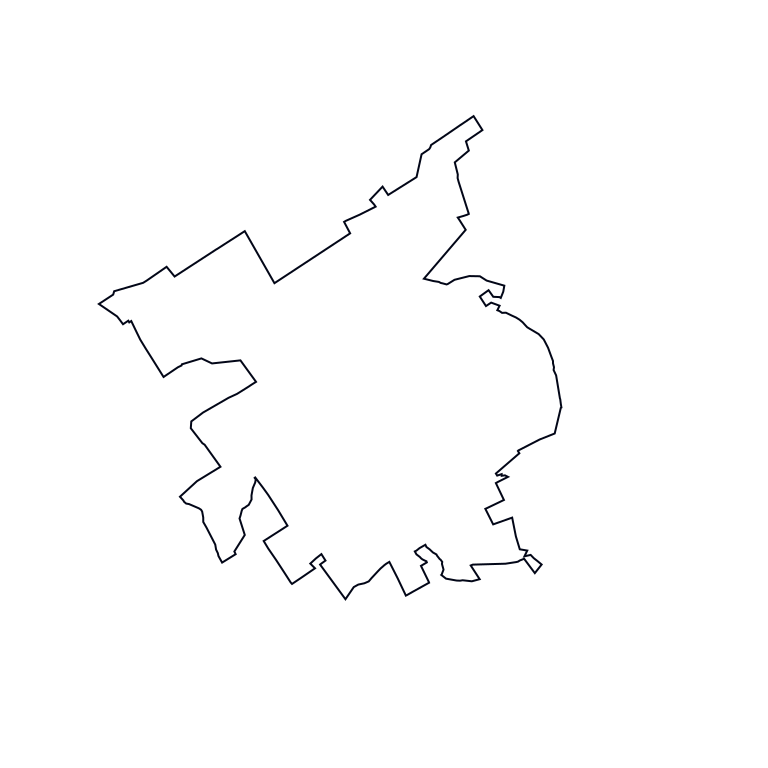 the district of Tahmek, Yucatán, Mexico, rotated 51°
{"feature_id": "50627088B83810267980946", "entity_name": "Tahmek", "entity_type": "district", "adm_level": 2, "iso_a3": "MEX", "parent_name": "Mexico", "parent_adm1": "Yucatán", "projection": "robinson", "projection_center": [-89.276, 20.901], "detail": "fine", "context": "isolated", "style": "outline", "palette": "ink", "viewbox_px": 768, "rotation_deg": 51, "n_neighbors": 0, "source": "geoboundaries", "source_scale": "gbopen_adm2", "svg_char_len": 3501}
<svg xmlns="http://www.w3.org/2000/svg" viewBox="0 0 768 768"><g transform="rotate(51 384 384)"><path d="M383.8,612.3L402.6,616.2L407.0,618.7L410.9,619.6L413.5,620.9L420.9,622.2L422.9,606.4L420.0,605.7L413.7,587.2L397.6,580.9L396.0,578.4L393.0,574.4L392.0,572.6L392.6,569.0L392.5,568.6L392.8,565.2L390.4,559.6L387.2,557.1L382.3,551.4L379.5,546.1L377.4,543.7L375.6,543.6L375.6,543.3L375.6,542.9L388.2,543.3L397.3,543.8L415.4,545.7L433.4,548.2L430.3,576.3L439.0,577.5L452.9,578.6L462.7,579.6L467.5,580.1L472.2,580.6L479.4,581.4L479.7,581.4L479.8,581.4L481.5,581.3L482.4,571.2L482.7,567.6L483.8,553.6L477.2,554.3L476.7,546.7L476.8,539.7L484.4,540.6L484.1,546.1L484.1,547.3L527.0,549.4L522.8,535.3L523.7,530.2L526.5,524.7L527.8,520.1L526.9,515.3L526.9,515.1L525.7,506.7L525.2,502.7L525.1,499.2L525.0,498.0L525.1,495.3L525.6,491.8L543.8,495.7L561.5,500.0L562.2,500.2L562.5,498.9L563.6,492.2L566.8,474.0L566.3,473.8L548.6,469.7L549.6,463.0L548.4,462.6L548.2,462.8L544.5,464.5L542.8,464.9L541.0,465.0L536.8,466.0L533.5,465.4L533.9,463.6L533.9,459.7L535.0,453.0L537.4,453.6L541.1,452.6L545.7,452.0L549.5,450.5L550.6,450.8L555.1,450.9L556.1,450.6L558.9,450.7L560.3,452.2L565.6,454.5L566.0,455.0L566.9,456.6L568.5,459.3L568.5,459.6L574.3,458.3L582.4,451.3L584.7,448.7L586.0,446.4L592.6,439.9L595.9,432.5L579.6,430.8L580.3,428.6L600.1,402.7L605.6,393.3L606.4,391.6L606.6,389.6L608.0,385.1L625.9,385.8L623.5,375.1L618.0,376.2L613.7,377.2L609.1,377.6L606.3,383.3L603.6,377.5L597.9,382.5L585.4,377.4L568.5,368.5L561.8,387.5L544.8,383.8L545.2,382.3L549.6,363.8L531.4,359.4L531.8,357.1L534.2,346.1L531.1,347.5L529.4,350.3L528.1,349.3L526.4,353.7L524.0,353.4L523.0,322.4L520.3,322.1L520.2,321.4L525.1,297.9L529.9,282.5L513.8,261.6L513.9,260.9L510.9,259.2L506.7,256.6L506.0,256.4L500.9,253.5L485.6,244.8L483.9,244.4L479.9,243.4L477.9,241.3L476.1,240.5L474.2,239.6L472.5,238.2L468.2,236.8L459.1,233.7L453.8,232.6L449.9,231.8L442.5,232.4L433.1,235.9L430.0,237.0L427.2,237.2L423.3,237.4L419.3,238.2L415.3,239.6L411.3,241.6L405.3,244.4L403.0,247.5L399.9,248.4L398.0,249.5L395.9,244.9L388.2,249.5L387.6,255.7L376.3,254.5L376.9,243.7L385.0,244.2L389.1,239.6L390.6,239.1L387.3,233.2L383.3,228.6L368.3,239.1L368.1,239.2L360.6,241.7L353.8,249.8L347.4,263.6L346.4,271.6L346.0,272.7L342.7,275.1L341.2,276.3L339.2,277.1L335.0,280.9L333.4,282.1L327.3,286.7L315.6,223.5L304.4,222.2L301.1,221.9L303.4,216.5L304.8,212.8L305.2,211.1L304.6,210.8L304.5,210.7L304.3,210.7L273.9,198.8L270.3,197.2L267.6,194.8L256.3,189.5L256.0,171.7L256.0,171.2L247.0,167.6L248.6,147.7L232.2,145.8L230.9,161.4L230.8,161.5L230.8,162.2L229.1,183.4L227.9,197.0L229.3,199.2L229.9,201.1L229.1,210.2L243.7,228.5L239.7,261.8L229.7,260.9L232.1,279.0L238.4,278.7L240.9,278.9L237.2,295.9L237.2,296.0L233.2,310.9L232.9,313.0L245.6,315.5L236.7,405.7L177.6,396.0L175.0,419.7L174.0,429.0L173.9,429.2L168.7,479.1L156.1,479.2L154.3,503.4L153.8,507.5L142.1,535.3L144.1,538.2L142.4,555.2L163.5,548.9L163.8,548.9L164.2,548.9L168.4,549.0L173.3,549.2L173.9,542.9L175.8,543.2L176.0,540.8L188.7,543.8L196.1,545.5L207.3,547.0L216.8,548.1L239.8,550.9L241.3,533.6L242.2,529.7L241.5,528.7L249.2,509.8L259.8,504.7L275.3,480.7L301.8,482.1L301.5,484.5L301.2,487.0L301.0,489.0L300.9,490.4L299.2,504.4L296.9,513.5L292.3,542.6L291.8,557.3L296.8,562.0L315.7,562.4L318.3,561.6L345.4,563.2L341.8,590.5L343.2,613.5L348.3,613.2L349.6,613.5L352.4,613.0L354.6,611.1L364.1,606.1L366.6,605.3L368.7,605.6L374.0,608.5L377.5,611.3L383.8,612.3Z" fill="none" stroke="#020617" stroke-width="2"/></g></svg>